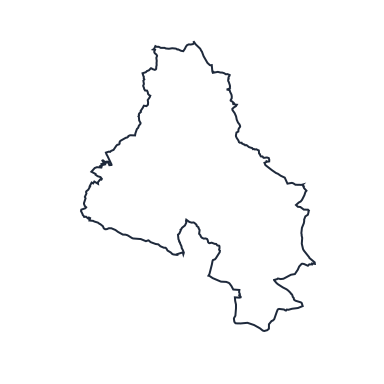 Balvanesti, Mehedinti, Romania, rotated 169°
{"feature_id": "2599482B93789531943364", "entity_name": "Balvanesti", "entity_type": "district", "adm_level": 2, "iso_a3": "ROU", "parent_name": "Romania", "parent_adm1": "Mehedinti", "projection": "albers", "projection_center": [22.672, 44.8], "detail": "fine", "context": "isolated", "style": "outline", "palette": "slate", "viewbox_px": 384, "rotation_deg": 169, "n_neighbors": 0, "source": "geoboundaries", "source_scale": "gbopen_adm2", "svg_char_len": 6033}
<svg xmlns="http://www.w3.org/2000/svg" viewBox="0 0 384 384"><g transform="rotate(169 192 192)"><path d="M265.8,247.5L269.0,247.1L268.7,245.1L268.2,243.8L265.7,234.1L265.1,233.8L268.0,234.1L268.4,236.4L268.4,237.6L268.9,237.8L269.2,237.3L270.1,237.1L270.5,238.1L271.6,237.8L273.2,240.0L273.7,240.1L274.0,239.9L273.1,237.9L273.2,237.0L275.6,236.7L275.5,235.9L272.7,236.6L273.1,236.0L272.0,236.0L272.0,235.7L275.4,235.5L277.4,234.9L277.3,233.8L276.9,233.5L276.1,233.7L276.3,233.3L280.6,234.5L282.9,234.1L286.9,231.1L283.2,228.1L283.4,227.4L281.6,225.5L279.0,224.1L278.0,222.1L278.6,221.4L279.8,221.8L282.6,219.4L282.7,218.0L285.9,220.9L287.4,219.3L288.7,220.4L291.3,217.2L291.0,216.9L293.3,214.1L295.5,212.9L296.0,212.2L295.9,210.7L298.1,207.6L297.7,206.1L300.1,201.8L300.3,201.0L299.9,198.7L298.8,197.2L299.8,196.4L304.0,195.8L304.6,194.5L303.7,191.4L303.6,190.2L302.9,189.2L302.6,188.1L300.8,188.0L299.0,185.8L298.1,186.6L297.0,185.8L298.1,183.6L294.5,182.5L293.6,181.7L290.2,179.9L288.8,178.3L288.2,178.0L286.0,175.4L285.5,173.1L284.3,172.0L282.7,171.8L280.5,172.3L278.1,171.8L274.4,169.3L272.3,167.0L268.0,163.4L265.4,162.8L263.5,161.8L259.5,158.1L258.6,157.6L251.3,155.6L246.6,152.5L244.1,152.9L243.7,152.6L242.2,150.7L237.6,147.9L235.0,147.0L233.4,144.8L230.3,142.7L228.6,142.3L227.9,141.3L227.2,139.2L224.4,136.7L223.1,134.8L222.0,134.2L218.7,133.1L218.4,133.1L218.5,133.8L213.3,134.4L212.5,133.8L212.4,132.5L211.6,134.0L212.0,136.5L212.8,139.0L212.7,140.8L213.5,143.8L213.4,144.8L214.1,145.7L213.9,146.6L214.3,148.2L213.9,152.8L212.4,153.6L210.4,156.4L210.4,157.2L209.8,157.4L208.6,158.8L205.3,160.5L203.4,163.1L203.4,164.8L202.9,165.9L200.3,163.1L198.2,162.0L196.3,161.8L195.6,161.3L193.9,159.1L193.9,157.9L192.4,156.1L192.4,155.0L191.8,153.2L193.0,149.6L192.1,148.1L191.7,146.3L191.0,145.2L189.4,144.0L187.5,143.8L186.2,143.0L185.8,141.8L185.7,139.5L185.1,138.7L184.5,138.4L182.4,138.5L179.7,136.8L178.2,136.4L177.3,134.7L175.6,134.1L175.4,133.6L175.7,131.6L176.4,130.3L176.2,129.6L175.8,129.1L176.3,127.6L181.3,122.3L182.4,121.5L184.4,121.2L185.0,120.4L186.3,117.1L190.5,108.2L191.8,106.7L190.8,106.2L188.1,103.5L180.7,98.5L175.5,97.2L173.4,95.9L172.7,95.2L171.3,92.3L170.1,88.4L164.2,86.8L164.9,84.7L164.5,82.5L165.4,81.7L165.4,81.4L164.6,80.8L164.7,80.2L164.2,79.6L164.4,79.3L165.9,79.3L170.0,80.4L170.4,76.9L170.3,73.1L171.0,69.5L173.0,62.3L174.5,60.6L175.0,59.8L175.1,58.9L175.2,56.6L174.7,55.4L174.0,54.7L169.4,53.7L162.5,53.0L156.5,49.6L151.3,45.2L149.0,42.5L147.7,41.8L147.1,41.8L144.5,42.0L142.6,43.1L141.7,47.5L138.5,50.2L137.4,50.3L135.6,51.4L131.4,58.6L130.3,60.2L129.8,60.5L128.8,60.6L124.1,59.1L122.9,57.9L122.3,57.7L121.4,58.5L119.8,58.0L116.1,58.3L110.1,57.9L105.1,58.9L105.5,62.1L106.2,62.9L110.9,65.4L112.1,66.4L112.4,67.1L112.4,68.7L113.1,69.8L113.2,71.6L113.7,72.8L114.4,73.4L114.5,74.2L116.3,76.8L117.7,78.4L120.9,80.9L125.2,85.0L126.4,86.5L128.2,89.7L128.2,90.0L125.2,90.2L124.2,90.7L121.6,89.6L118.8,89.4L110.6,91.9L106.7,91.8L103.0,95.5L101.0,98.4L98.3,100.4L97.6,100.6L95.9,100.0L92.3,97.5L90.7,98.6L88.0,98.0L87.8,98.9L85.1,98.0L85.0,99.5L89.3,104.8L89.4,105.5L93.4,113.2L93.9,114.8L94.1,120.3L92.6,125.9L92.7,128.2L92.5,129.1L92.5,130.8L90.9,135.9L88.2,140.0L87.4,142.1L87.2,143.5L85.4,146.4L82.6,147.6L81.3,150.3L81.4,150.8L80.8,151.4L81.5,152.5L85.6,153.4L88.5,156.6L90.9,157.3L92.4,159.4L89.0,161.4L87.2,161.9L85.5,163.3L82.3,167.4L80.7,170.3L79.4,171.4L81.2,174.3L81.7,176.4L81.3,176.5L82.1,178.0L81.8,178.2L83.1,178.1L89.1,179.4L90.8,181.1L92.2,181.9L96.7,182.0L98.2,188.4L101.9,191.1L104.2,193.5L105.9,194.6L109.4,198.2L114.8,204.4L115.3,206.8L113.4,207.2L113.0,208.0L111.9,207.3L110.4,207.3L110.0,208.8L110.2,210.7L111.9,211.6L114.9,211.8L115.3,212.0L116.0,213.4L117.5,213.7L118.0,214.7L118.1,216.2L118.8,216.9L118.5,220.0L120.8,221.7L122.1,221.7L123.0,222.4L124.0,222.4L124.5,223.6L127.5,225.2L129.5,227.6L130.9,227.7L131.4,228.6L132.1,228.8L133.8,230.2L133.9,230.9L135.6,231.2L136.4,232.0L136.6,233.7L137.8,236.5L138.2,238.2L138.1,239.1L137.0,241.9L135.0,242.5L134.5,244.4L133.9,245.4L132.3,246.9L132.2,247.6L132.5,249.3L133.6,251.4L134.3,254.5L134.3,257.8L135.1,261.3L136.6,264.6L136.6,265.8L134.9,267.0L132.5,267.9L131.4,269.1L132.8,269.5L133.4,270.1L134.7,270.4L134.7,271.0L133.8,271.0L133.9,271.3L135.4,273.3L136.1,273.7L136.6,274.3L136.6,274.7L135.1,276.5L134.7,278.4L134.7,280.1L135.5,283.1L135.6,284.8L137.7,285.7L137.6,286.1L135.6,286.2L134.8,286.8L134.9,287.6L134.5,288.5L134.5,289.6L134.9,293.0L135.2,293.6L135.2,294.8L134.9,295.7L134.4,296.1L134.6,296.6L134.2,297.7L132.9,299.1L132.7,299.7L134.8,301.0L136.3,301.1L137.8,302.5L139.4,303.4L141.4,303.9L143.7,305.0L148.8,305.0L148.9,305.5L148.3,306.2L149.0,306.7L148.4,312.8L149.5,312.8L150.3,313.2L152.2,315.8L154.7,323.1L155.5,328.0L156.0,328.9L156.6,331.1L160.2,336.2L161.8,339.8L161.6,338.9L161.8,337.5L162.9,337.0L165.1,337.0L167.0,337.5L168.8,337.1L170.2,335.9L171.7,333.9L173.7,331.9L175.8,332.7L178.3,334.6L179.3,334.7L179.8,335.4L180.7,335.9L184.0,336.9L187.3,337.0L190.3,337.9L191.4,338.7L195.1,339.4L197.0,340.9L199.0,341.3L200.1,342.2L201.8,339.8L202.9,339.3L201.2,338.6L202.3,336.9L202.3,336.1L202.0,335.3L200.7,333.7L200.3,332.3L201.4,330.5L201.6,327.4L202.2,325.4L202.5,323.3L203.1,322.0L203.7,319.7L204.3,319.2L205.2,319.0L207.5,320.3L208.1,321.1L208.8,321.3L211.0,319.7L213.2,319.3L214.5,318.4L217.9,318.0L217.6,315.1L217.3,314.3L217.7,312.8L217.3,311.7L218.5,310.6L218.6,307.2L219.7,305.5L219.3,303.5L219.3,302.3L218.7,300.6L216.8,300.1L216.4,298.6L216.4,296.6L215.3,294.9L214.6,294.5L215.4,293.1L217.9,290.7L218.0,288.3L218.6,286.1L220.3,285.0L222.8,285.9L224.3,284.0L227.0,281.3L226.8,280.4L228.9,279.1L229.4,278.2L229.4,277.3L230.1,276.5L229.8,276.1L230.2,272.3L229.3,269.5L229.7,268.7L231.5,267.2L232.6,265.3L234.1,264.3L236.4,260.3L237.1,258.4L241.8,259.5L243.7,259.1L244.2,258.4L245.5,257.8L246.5,257.9L251.9,256.1L252.9,255.6L253.7,254.6L253.6,254.0L254.0,253.1L254.8,252.6L256.3,252.6L257.4,251.9L261.0,248.3L263.5,247.8L264.8,247.0L265.8,247.5Z" fill="none" stroke="#1e293b" stroke-width="2"/></g></svg>